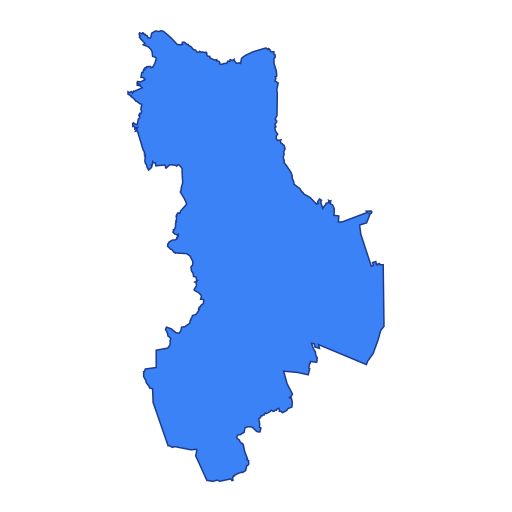 the district of Villa Corona, Jalisco, Mexico
{"feature_id": "50627088B54593739216200", "entity_name": "Villa Corona", "entity_type": "district", "adm_level": 2, "iso_a3": "MEX", "parent_name": "Mexico", "parent_adm1": "Jalisco", "projection": "albers", "projection_center": [-103.727, 20.389], "detail": "fine", "context": "isolated", "style": "filled", "palette": "blue", "viewbox_px": 512, "rotation_deg": 0, "n_neighbors": 0, "source": "geoboundaries", "source_scale": "gbopen_adm2", "svg_char_len": 5993}
<svg xmlns="http://www.w3.org/2000/svg" viewBox="0 0 512 512"><path d="M278.2,82.9L275.0,81.0L275.9,78.2L275.2,76.8L276.7,76.1L276.4,71.2L274.1,63.7L273.9,58.9L275.2,57.1L275.1,54.8L273.8,54.1L273.9,51.8L270.9,51.7L269.9,49.7L268.6,48.5L268.1,48.8L268.6,49.3L267.4,49.3L266.0,48.0L264.7,48.3L253.0,51.8L245.4,55.4L242.4,57.5L241.4,58.8L240.6,63.4L239.6,62.8L236.5,63.4L234.1,60.3L234.1,59.3L232.6,60.4L230.1,59.7L229.8,61.4L227.8,61.1L226.7,63.4L223.9,63.4L222.3,64.3L220.2,64.1L219.6,63.8L219.7,62.4L218.8,61.2L216.6,60.9L216.7,59.6L214.7,60.0L210.0,58.0L209.8,56.4L207.5,56.1L206.8,54.8L206.8,53.0L205.9,52.1L205.3,52.7L202.3,51.9L201.1,52.3L199.8,51.3L199.4,51.9L197.5,52.4L195.4,50.0L193.6,49.7L190.9,46.6L188.7,45.5L188.1,44.5L186.7,44.2L184.6,42.3L182.5,42.2L182.0,43.8L182.4,44.3L181.5,44.9L177.3,44.5L170.7,37.5L163.5,31.3L160.9,30.7L159.0,31.5L155.7,31.0L154.7,31.3L151.6,33.3L150.9,37.0L150.0,38.1L148.1,37.9L147.1,35.6L145.4,35.3L145.2,34.3L144.0,34.0L143.2,32.9L142.7,32.8L142.0,33.9L139.7,32.8L139.2,33.5L139.3,35.0L140.2,36.3L139.4,37.0L140.7,39.0L145.0,43.4L143.2,44.8L148.1,46.7L150.8,49.2L152.1,51.9L152.6,56.4L155.3,57.2L156.4,58.3L154.9,63.1L152.8,67.2L152.1,67.0L151.0,67.8L150.1,66.4L146.7,66.7L146.6,67.7L145.6,67.5L144.4,68.3L144.8,69.7L143.6,69.7L142.9,72.5L141.8,72.5L140.9,77.4L143.7,77.5L144.1,78.9L145.0,79.3L145.0,79.8L140.7,81.8L137.6,81.5L137.6,82.3L137.0,82.6L137.2,83.8L140.6,84.5L137.3,84.0L137.2,85.3L140.0,85.7L142.2,87.8L134.1,91.4L133.5,91.2L132.6,93.0L131.6,91.6L129.3,92.6L128.0,91.8L128.0,94.2L131.2,95.8L131.0,96.6L133.1,97.9L136.2,101.4L137.3,101.6L139.5,103.6L141.6,104.2L141.7,106.3L141.2,106.6L140.9,109.2L141.6,111.6L140.7,113.9L139.8,113.4L139.1,114.7L139.4,115.4L138.9,115.5L139.8,117.5L138.2,119.3L137.3,124.5L135.4,124.3L133.6,122.8L132.6,123.5L132.8,126.3L133.4,125.9L134.9,127.6L134.8,129.0L136.1,128.1L135.8,127.6L137.7,127.4L135.5,131.2L137.4,130.9L143.1,149.9L144.5,152.0L144.3,153.8L145.1,154.0L145.4,155.0L144.6,155.9L145.2,156.3L144.9,161.2L145.5,163.6L146.4,164.5L147.0,167.0L148.6,170.1L151.3,167.7L151.9,166.5L151.3,165.0L152.3,164.9L152.8,161.7L153.5,162.8L155.5,162.9L155.7,165.8L164.7,165.0L165.2,165.3L165.7,167.9L166.2,168.1L169.8,164.7L175.3,165.2L176.6,166.2L177.6,164.9L178.6,164.7L181.2,167.2L182.4,169.3L182.0,170.9L182.7,182.6L181.3,187.7L181.1,190.1L180.3,192.0L184.5,198.9L186.7,204.1L180.5,211.1L180.0,213.3L178.0,212.8L176.7,214.6L176.8,216.1L176.2,216.1L176.6,219.0L175.8,221.3L176.4,221.9L175.6,223.0L175.5,227.1L174.1,229.9L173.4,229.7L173.4,231.3L172.9,232.1L174.8,234.1L176.4,234.4L177.2,235.2L178.3,234.3L178.3,236.5L176.7,237.5L177.1,238.7L176.0,239.5L174.8,240.0L172.5,240.0L169.2,241.9L167.7,244.3L167.6,246.2L170.5,249.2L172.3,249.9L173.4,251.8L175.4,253.1L175.6,252.6L177.1,253.1L186.6,253.6L190.0,256.0L192.9,261.7L192.6,265.1L190.9,266.9L191.5,271.0L193.1,273.3L193.5,276.4L195.9,277.0L196.8,280.3L197.4,280.5L194.8,282.1L196.2,282.9L196.6,285.6L194.2,289.2L194.2,290.2L198.3,292.5L200.8,294.8L201.4,296.5L200.6,299.3L202.8,299.2L203.6,300.0L203.7,301.6L203.2,303.7L201.1,305.2L200.0,307.2L199.3,307.1L198.5,309.3L199.2,309.7L196.6,313.6L195.7,314.7L192.5,315.5L191.9,317.5L191.1,318.3L190.8,320.2L190.2,320.4L189.9,323.1L184.9,326.7L181.5,327.2L181.1,329.9L179.4,333.2L176.2,332.8L171.4,328.9L166.5,327.1L165.5,329.4L167.3,332.8L168.0,336.1L169.4,337.0L170.8,338.9L170.1,340.4L170.1,344.8L167.7,348.1L156.2,350.2L156.2,367.5L145.3,369.0L144.5,371.4L143.6,371.7L143.6,376.5L145.6,380.1L146.4,382.9L149.1,386.4L149.6,388.0L152.6,388.8L153.1,402.4L168.1,445.8L169.3,445.6L172.4,447.4L174.8,446.6L190.8,449.8L196.6,449.3L196.9,449.9L195.7,455.8L206.9,480.4L212.7,481.3L217.5,480.1L219.8,481.3L230.7,478.9L232.0,480.7L233.0,480.3L232.6,478.3L233.5,475.9L234.5,475.9L234.8,475.1L239.1,473.0L241.3,472.3L242.1,472.6L242.4,472.1L243.3,472.1L245.2,470.9L245.9,470.0L245.5,469.3L246.3,468.2L246.5,465.8L247.5,465.6L248.7,464.2L248.6,460.6L246.8,459.5L247.4,458.5L244.8,451.9L243.3,444.8L242.6,444.4L242.6,443.5L241.3,443.1L239.9,441.6L239.5,440.2L237.3,438.6L236.6,437.2L238.0,434.8L240.0,434.8L244.1,432.3L245.0,427.8L247.8,426.7L251.3,426.9L252.8,427.7L256.5,431.3L258.0,431.9L260.0,431.9L260.9,428.0L259.4,427.3L259.7,423.7L258.7,418.9L260.6,417.5L261.0,415.9L262.3,415.8L263.4,414.8L264.2,414.9L264.6,413.6L265.3,413.1L266.3,413.6L270.1,411.6L271.4,410.1L273.2,411.4L274.2,411.2L275.5,410.1L276.5,410.2L276.8,409.3L278.1,408.4L279.0,408.4L279.4,411.3L281.2,411.4L282.4,412.7L286.6,410.6L288.0,408.6L291.9,407.0L292.3,402.7L291.8,399.6L291.1,397.6L290.1,398.0L289.4,397.6L291.2,396.3L292.5,394.1L287.1,383.8L283.7,371.2L297.4,372.4L308.2,374.8L309.7,368.8L309.1,368.6L308.9,367.4L309.5,363.8L310.1,363.5L310.5,361.5L316.6,362.3L316.9,361.6L317.2,357.4L316.2,356.6L315.2,351.5L313.4,348.7L311.5,343.3L314.5,343.9L314.9,347.0L319.5,348.4L318.5,344.6L366.4,364.6L367.6,361.2L373.1,353.6L378.1,339.9L380.7,330.5L384.0,326.3L383.2,264.7L380.1,264.8L379.4,263.5L377.9,264.0L377.5,264.8L376.5,264.8L375.8,261.5L372.5,262.6L373.4,265.4L371.3,266.3L360.8,234.1L359.6,225.0L366.6,222.9L369.9,214.4L369.2,213.8L371.4,213.2L371.8,211.6L371.2,211.0L366.3,211.2L367.4,212.4L342.2,221.9L338.4,222.0L338.8,216.0L333.8,215.2L334.3,211.7L334.1,208.4L333.2,207.8L333.9,207.9L332.7,205.1L330.3,203.7L330.8,200.8L329.1,201.4L329.5,200.9L328.6,200.4L329.0,202.7L326.0,203.3L325.8,204.7L324.2,206.1L322.7,208.5L320.7,202.1L321.5,200.3L319.6,199.0L317.7,201.6L318.1,203.5L317.3,203.2L316.5,204.1L310.0,197.4L304.2,194.3L302.5,192.0L301.7,191.8L300.0,188.8L294.0,184.2L293.8,182.1L292.2,178.0L292.3,175.9L291.0,172.4L286.3,165.3L284.0,162.7L284.3,160.3L283.3,158.4L283.3,157.0L284.2,154.0L283.7,152.0L285.0,148.9L284.5,146.5L284.0,145.2L283.2,145.2L282.1,143.5L281.1,143.4L280.3,140.8L280.9,139.9L277.5,140.5L276.1,138.1L276.4,136.0L277.7,134.2L275.6,131.2L274.7,127.5L276.0,126.8L274.8,124.4L276.7,121.9L276.6,120.8L275.1,119.3L277.0,115.4L277.3,93.1L276.8,89.4L278.2,82.9Z" fill="#3b82f6" stroke="#1e3a8a" stroke-width="1.5"/></svg>